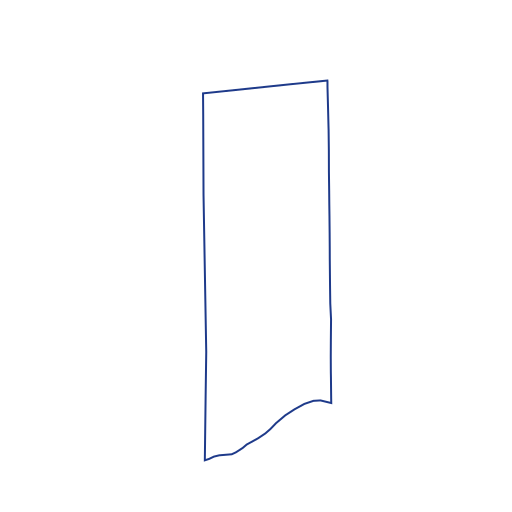 Videle, Teleorman, Romania, rotated 325°
{"feature_id": "2599482B29791980403734", "entity_name": "Videle", "entity_type": "district", "adm_level": 2, "iso_a3": "ROU", "parent_name": "Romania", "parent_adm1": "Teleorman", "projection": "natural_earth1", "projection_center": [25.476, 44.223], "detail": "fine", "context": "isolated", "style": "outline", "palette": "blue", "viewbox_px": 512, "rotation_deg": 325, "n_neighbors": 0, "source": "geoboundaries", "source_scale": "gbopen_adm2", "svg_char_len": 740}
<svg xmlns="http://www.w3.org/2000/svg" viewBox="0 0 512 512"><g transform="rotate(325 256 256)"><path d="M233.3,419.6L236.0,415.6L247.5,398.8L250.8,393.9L259.6,381.2L269.1,367.8L281.1,351.0L289.6,337.5L299.4,323.1L314.9,300.5L321.3,291.3L329.1,280.0L339.1,265.4L346.1,255.1L353.1,244.9L364.2,228.6L376.1,211.5L387.7,194.5L390.0,191.0L400.3,175.5L407.7,164.3L411.4,158.7L414.6,154.1L415.1,153.2L383.7,135.6L305.9,92.4L293.5,110.4L248.3,175.5L160.1,306.2L134.0,342.4L96.9,394.0L101.1,395.3L106.5,396.2L111.6,398.2L122.4,404.5L126.9,405.3L135.0,405.6L140.3,405.1L153.0,406.5L161.9,406.7L168.5,406.0L176.6,404.4L188.7,403.3L199.8,403.7L210.8,404.9L220.0,407.6L226.0,411.3L233.3,419.6Z" fill="none" stroke="#1e3a8a" stroke-width="2"/></g></svg>